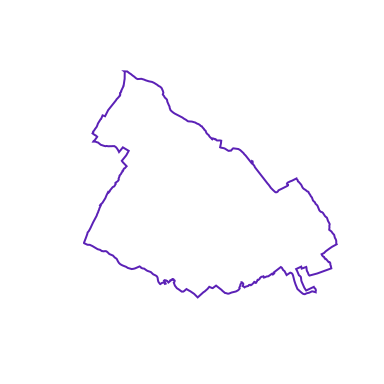 the district of Dragomiresti, Bacau, Romania, rotated 340°
{"feature_id": "2599482B49299083391810", "entity_name": "Dragomiresti", "entity_type": "district", "adm_level": 2, "iso_a3": "ROU", "parent_name": "Romania", "parent_adm1": "Bacau", "projection": "equal_earth", "projection_center": [27.362, 46.63], "detail": "fine", "context": "isolated", "style": "outline", "palette": "violet", "viewbox_px": 384, "rotation_deg": 340, "n_neighbors": 0, "source": "geoboundaries", "source_scale": "gbopen_adm2", "svg_char_len": 6076}
<svg xmlns="http://www.w3.org/2000/svg" viewBox="0 0 384 384"><g transform="rotate(340 192 192)"><path d="M303.0,241.9L302.8,241.3L302.8,238.1L302.2,236.5L302.1,235.3L301.5,233.0L301.4,231.6L300.4,230.7L299.4,228.9L298.2,227.4L297.7,226.5L297.4,225.5L297.1,222.5L295.7,218.9L295.3,218.5L295.2,218.2L295.3,216.9L295.0,216.0L294.6,215.5L294.7,215.0L289.8,215.6L288.1,215.6L285.2,215.9L284.7,216.1L284.0,216.8L284.4,217.9L284.7,218.1L284.5,218.6L283.8,218.6L283.6,218.9L277.8,219.6L273.9,220.0L272.8,220.9L271.6,221.2L270.7,221.0L270.1,220.4L268.8,217.9L267.3,214.6L267.3,214.2L266.5,211.4L265.9,209.9L259.6,190.3L259.5,189.2L259.5,188.6L258.7,186.6L258.7,186.1L259.2,184.8L259.4,183.9L259.0,183.5L258.7,184.2L257.8,185.0L254.8,175.9L254.0,174.3L253.8,173.3L251.7,169.2L250.3,167.5L245.8,165.1L245.3,165.1L242.7,166.5L241.9,166.1L240.7,166.0L240.1,165.5L237.7,162.4L237.0,161.8L234.2,160.1L233.7,159.6L235.9,156.1L237.0,153.8L235.9,153.1L233.1,152.1L232.0,150.5L232.1,150.4L231.9,150.2L231.7,150.4L229.9,148.7L229.5,148.8L229.0,149.4L228.9,149.3L228.4,147.7L228.1,147.4L227.4,145.8L227.1,144.1L226.4,143.1L225.9,141.9L225.7,141.2L225.7,139.1L224.8,137.5L224.8,136.8L223.9,134.7L223.8,133.8L222.8,132.9L222.2,131.5L221.0,130.1L220.5,129.8L219.4,128.6L218.9,127.9L216.0,125.8L212.6,124.3L212.1,123.8L211.2,122.3L209.4,120.2L208.5,118.8L202.7,112.5L201.7,111.2L200.5,109.2L199.8,107.7L199.8,105.4L200.1,103.9L199.9,102.3L199.7,98.7L200.0,97.1L200.0,96.6L199.6,95.5L199.1,94.6L198.7,93.8L198.6,92.6L197.9,90.4L199.0,89.0L199.1,88.5L199.2,87.1L199.0,84.0L198.2,82.3L196.7,80.7L196.2,79.7L193.7,76.5L192.1,74.9L189.3,73.2L186.8,71.3L185.3,69.9L183.1,68.3L179.6,67.3L179.2,67.0L178.4,66.1L177.0,63.6L176.0,62.2L174.9,60.3L173.8,58.9L172.4,56.6L169.7,55.5L169.9,55.8L169.8,56.3L167.3,62.9L167.0,63.3L164.6,67.8L163.8,68.8L163.9,69.0L159.9,72.9L160.0,73.1L159.3,73.9L158.2,74.4L158.1,74.6L158.1,75.5L157.2,76.4L157.3,76.8L153.9,78.6L152.8,79.1L152.0,79.8L141.2,86.4L136.2,91.1L134.2,89.4L131.5,92.3L131.1,92.3L127.0,95.5L126.3,96.4L124.8,98.1L122.2,99.8L121.1,100.7L119.8,101.4L119.4,101.9L119.5,102.3L118.6,102.9L120.2,105.3L120.5,105.5L121.0,106.1L121.2,106.7L121.6,107.2L121.8,107.7L118.1,110.2L117.1,110.4L116.5,110.9L118.3,111.5L119.9,112.9L120.6,113.3L122.4,116.4L125.2,118.6L126.4,119.4L127.4,119.5L129.0,120.4L134.7,122.3L135.7,123.6L136.3,125.0L136.9,127.6L137.1,129.5L142.3,126.4L146.6,131.7L142.7,135.1L136.7,138.7L137.2,140.4L139.4,145.4L137.0,146.7L136.3,146.7L135.5,147.2L134.8,148.1L134.1,148.2L134.0,148.9L132.5,149.6L132.2,150.1L131.5,150.7L129.5,151.8L129.3,152.4L127.6,154.3L127.4,155.4L127.1,155.6L125.8,156.5L124.1,156.9L123.0,157.4L123.1,158.3L120.9,160.1L119.1,160.3L114.6,163.0L114.7,163.3L113.3,164.1L113.0,163.5L110.6,165.8L108.5,168.1L107.5,168.9L104.2,171.5L103.5,171.8L102.9,172.2L102.1,172.3L101.1,173.0L101.6,173.5L99.3,175.8L98.5,177.0L97.6,177.8L97.0,178.7L95.1,180.6L94.4,181.6L88.7,186.7L83.9,191.5L81.6,193.5L80.1,194.3L79.2,195.7L76.7,198.7L73.2,202.7L73.1,203.2L75.7,205.8L77.9,206.7L79.9,208.7L83.8,213.5L85.8,214.9L87.1,216.7L87.7,216.9L88.3,217.4L90.3,217.9L91.3,218.5L92.1,219.8L93.1,222.0L96.0,224.7L97.0,227.1L98.2,228.8L98.4,229.3L98.7,231.9L99.1,233.7L99.8,235.1L100.8,236.4L101.9,237.5L104.5,239.8L105.7,241.4L109.0,243.8L111.1,244.2L112.4,244.3L117.3,244.0L118.0,244.9L118.4,246.0L119.6,247.0L120.8,247.6L122.5,250.1L123.2,250.9L125.9,253.1L127.4,256.1L129.1,257.8L129.9,258.8L130.2,259.5L130.3,260.1L130.3,261.2L129.9,262.8L129.7,264.6L129.8,265.3L130.4,267.3L130.7,267.7L132.5,267.2L134.2,267.2L134.9,267.9L135.1,269.1L135.9,269.1L135.4,265.7L136.3,265.5L137.1,266.2L137.3,266.2L137.6,266.4L138.2,267.4L138.4,267.4L138.9,269.0L141.5,268.0L141.4,267.6L142.8,267.4L142.9,267.8L143.2,267.8L143.6,267.2L143.9,267.1L144.5,267.4L144.8,267.8L144.7,268.6L145.3,269.0L145.4,269.5L144.8,270.4L143.9,270.9L143.9,274.1L144.9,277.3L146.1,278.8L148.3,282.1L149.8,282.6L150.7,282.4L153.6,281.3L155.2,283.3L156.4,284.6L159.2,288.5L161.3,293.0L168.7,290.0L169.6,289.9L173.4,288.4L175.8,287.0L178.0,289.1L178.6,289.4L182.6,288.2L186.3,294.1L186.7,295.1L188.5,298.2L189.3,298.6L190.9,299.8L191.4,300.0L192.4,300.1L194.8,300.0L199.2,300.5L201.3,300.2L202.7,299.7L203.8,299.0L203.7,298.2L205.4,296.4L205.6,295.9L206.0,295.3L207.1,294.7L207.6,293.7L208.0,293.9L208.8,295.5L208.4,296.7L207.4,297.7L208.6,299.2L208.8,299.6L209.7,299.3L212.9,299.5L213.5,299.0L213.8,298.9L215.0,299.1L215.4,299.7L216.5,299.5L219.3,298.2L219.6,297.8L219.8,297.7L220.0,297.8L220.2,298.8L220.7,299.2L221.3,299.2L221.8,298.5L222.5,298.2L223.4,297.1L223.7,297.0L223.9,297.3L224.2,297.4L224.7,297.2L225.9,296.7L226.6,296.0L228.2,295.4L229.3,295.7L230.3,295.6L230.5,296.0L230.4,297.0L231.8,297.1L233.1,296.9L234.9,297.3L239.0,296.2L239.7,297.2L241.4,296.6L241.4,296.4L241.1,295.9L242.3,295.4L242.2,295.3L249.8,292.9L250.5,293.9L251.0,296.6L251.9,298.0L252.5,302.4L256.7,301.4L257.7,302.2L258.2,303.0L258.3,303.6L258.4,304.9L257.8,310.7L257.7,314.3L257.9,319.2L259.9,323.0L261.2,325.2L261.7,325.8L262.4,326.3L263.1,326.6L265.0,326.4L267.7,326.7L270.8,326.4L271.7,326.9L273.9,328.5L274.1,327.8L274.7,327.0L274.9,325.7L274.7,324.8L274.1,323.8L274.0,322.8L265.6,323.6L265.4,322.9L264.8,320.3L264.4,314.1L264.4,312.7L265.0,310.3L265.2,309.0L264.7,307.8L264.0,306.8L263.8,302.3L263.5,300.0L269.1,299.5L268.9,301.5L273.7,301.5L273.6,302.7L273.3,303.6L273.0,305.3L273.3,307.4L273.3,309.2L273.4,309.9L273.8,310.7L281.8,311.4L296.8,311.4L297.2,308.6L297.1,307.7L297.6,306.2L297.3,304.9L296.8,304.6L296.4,304.6L295.1,301.0L294.6,300.3L294.3,300.4L294.1,299.4L293.8,298.9L293.9,298.7L293.9,298.2L293.0,297.2L292.6,296.0L292.5,294.8L295.2,294.5L297.3,293.5L301.7,292.2L304.8,291.4L310.1,290.6L310.0,289.4L310.5,288.3L310.9,286.8L310.9,285.5L310.6,283.9L310.9,280.8L310.1,279.0L309.5,276.8L308.0,274.4L309.1,272.2L309.5,270.7L310.2,269.7L310.4,268.9L309.9,265.6L310.0,262.6L309.8,261.9L309.2,261.1L308.7,260.0L307.9,256.4L307.2,255.3L306.3,254.7L305.9,254.0L305.4,252.8L305.2,247.9L305.1,247.4L304.0,245.2L304.0,243.8L303.8,243.4L303.0,241.9Z" fill="none" stroke="#5b21b6" stroke-width="2"/></g></svg>